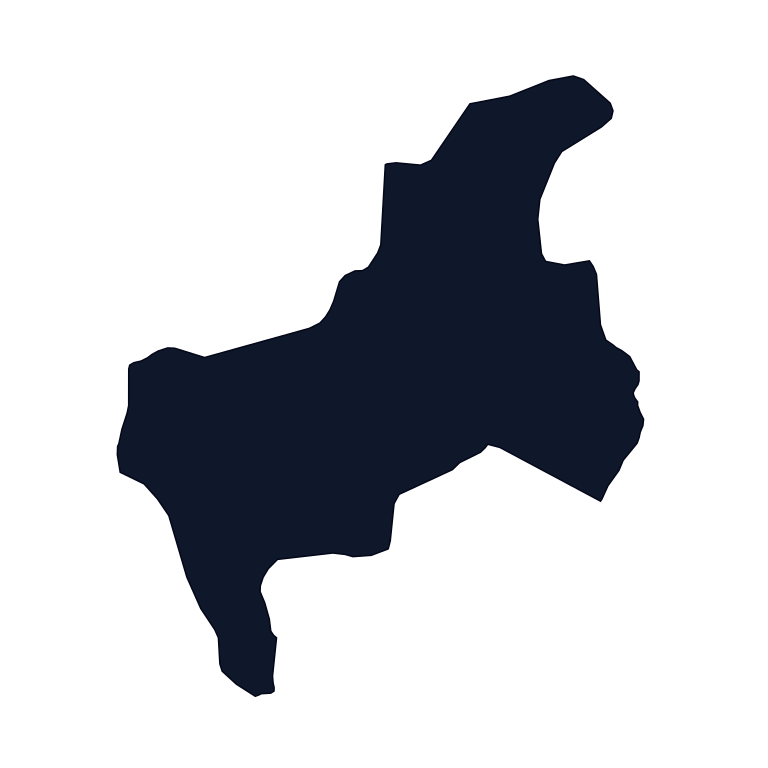 outline of Yazd, rotated 4°
{"feature_id": "IRN-3217", "entity_name": "Yazd", "entity_type": "Province", "adm_level": 1, "iso_a3": "IRN", "parent_name": "Iran", "parent_adm1": "", "projection": "natural_earth1", "projection_center": [55.694, 32.497], "detail": "fine", "context": "isolated", "style": "filled", "palette": "ink", "viewbox_px": 768, "rotation_deg": 4, "n_neighbors": 0, "source": "natural_earth", "source_scale": "10m", "svg_char_len": 1650}
<svg xmlns="http://www.w3.org/2000/svg" viewBox="0 0 768 768"><g transform="rotate(4 384 384)"><path d="M203.2,370.1L305.6,333.7L315.8,327.7L321.1,321.0L324.9,313.8L328.0,305.0L332.5,285.1L337.7,278.5L347.2,273.2L354.7,272.4L360.3,268.5L368.5,253.8L371.1,245.4L370.0,165.3L370.1,165.0L371.7,164.2L380.6,162.5L405.2,163.1L415.7,157.5L450.2,98.5L489.3,88.1L527.3,69.8L551.4,63.5L562.0,66.4L590.1,88.1L593.4,95.5L592.2,103.1L583.0,112.4L545.1,139.7L538.6,151.7L526.6,188.9L525.9,208.9L532.0,243.0L536.6,250.4L555.7,252.7L580.3,246.8L584.5,252.2L588.3,259.8L595.8,309.8L602.2,324.6L610.4,329.5L612.7,331.3L619.0,334.2L627.2,339.5L635.1,352.2L637.6,354.0L638.2,363.1L637.4,366.8L634.8,371.2L633.2,375.4L633.9,378.0L635.4,380.8L638.3,384.1L638.5,387.7L641.4,394.3L645.4,401.0L645.2,407.5L643.0,414.1L642.2,419.9L640.6,425.5L627.9,443.4L624.4,453.8L614.5,469.9L609.5,483.4L608.2,485.8L504.0,439.2L491.7,436.9L489.6,440.2L485.1,445.3L465.0,457.1L458.2,464.7L406.8,493.0L402.4,502.6L401.2,540.0L399.7,548.2L383.3,555.8L365.0,558.4L357.0,556.7L344.6,556.2L290.0,566.4L281.4,576.4L276.9,585.3L274.7,593.9L274.9,599.8L280.3,610.6L286.0,626.5L288.3,638.4L291.4,642.4L294.5,644.7L293.2,683.1L294.2,689.9L295.6,694.6L295.7,698.0L292.6,700.3L282.7,701.6L281.7,702.5L277.4,704.5L257.7,693.8L242.6,681.8L239.8,674.7L236.5,648.7L232.3,640.8L216.9,620.8L200.8,590.4L178.5,530.3L166.1,514.5L151.6,500.4L127.0,490.5L122.9,473.1L122.6,464.8L123.7,461.9L125.7,447.5L129.8,430.9L130.8,423.3L128.3,386.8L129.0,382.9L132.9,380.2L139.9,378.1L146.2,374.4L150.5,370.7L156.3,366.9L165.6,363.1L172.7,362.9L203.2,370.1Z" fill="#0f172a" stroke="#020617" stroke-width="1.5"/></g></svg>